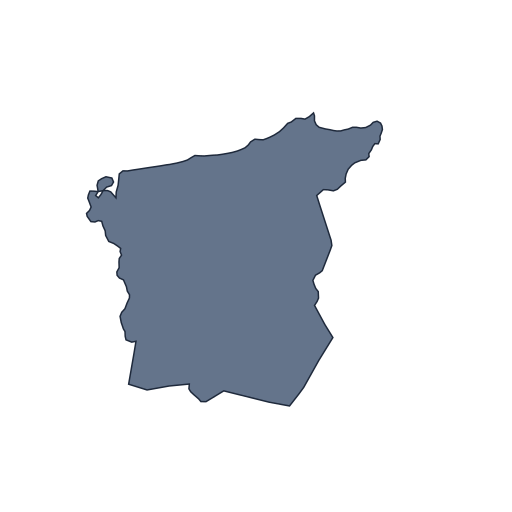 Ipojuca, Pernambuco, Brazil, rotated 239°
{"feature_id": "56859067B31320114840690", "entity_name": "Ipojuca", "entity_type": "district", "adm_level": 2, "iso_a3": "BRA", "parent_name": "Brazil", "parent_adm1": "Pernambuco", "projection": "robinson", "projection_center": [-35.046, -8.459], "detail": "fine", "context": "isolated", "style": "filled", "palette": "slate", "viewbox_px": 512, "rotation_deg": 239, "n_neighbors": 0, "source": "geoboundaries", "source_scale": "gbopen_adm2", "svg_char_len": 2484}
<svg xmlns="http://www.w3.org/2000/svg" viewBox="0 0 512 512"><g transform="rotate(239 256 256)"><path d="M211.7,80.8L199.9,91.3L197.3,93.6L189.3,114.6L180.6,132.9L176.7,130.1L173.3,130.1L169.4,131.2L162.9,133.3L159.6,133.8L156.9,138.1L157.0,158.9L123.7,192.2L110.2,207.5L115.5,221.3L118.8,229.2L134.2,256.1L146.5,279.9L161.7,279.7L183.5,280.7L185.6,285.0L187.7,287.9L193.4,291.0L197.5,290.5L202.0,291.2L205.8,292.2L208.9,297.1L208.8,301.9L209.3,305.2L223.0,322.9L225.9,326.4L230.9,328.5L234.9,329.4L262.8,335.9L267.1,336.9L276.6,339.2L277.2,342.6L278.2,347.9L275.7,351.7L272.0,355.9L271.3,360.1L272.3,364.6L273.3,370.7L276.6,372.5L279.9,375.5L282.9,379.7L284.5,384.7L285.0,388.6L284.0,395.1L281.8,399.7L282.9,404.1L285.7,405.4L287.6,409.6L289.7,412.4L291.1,415.7L289.2,418.5L291.9,422.4L294.9,424.0L296.8,426.6L299.3,429.5L302.5,430.9L305.8,431.2L309.2,429.2L310.2,425.3L309.2,421.5L309.6,416.2L311.7,411.7L314.5,408.5L316.6,405.0L317.3,400.4L318.6,396.7L319.6,393.0L321.5,389.7L323.5,387.2L326.2,384.4L329.1,381.0L333.8,376.4L337.5,375.2L341.7,375.7L346.0,378.3L349.0,379.0L348.0,373.4L348.1,368.5L350.8,365.4L353.4,361.1L352.7,355.2L353.4,351.5L351.6,345.6L350.5,340.2L350.3,334.0L350.7,329.0L351.2,325.5L351.9,322.0L354.1,318.7L356.7,315.2L356.6,310.1L355.1,306.5L354.4,302.3L354.9,298.2L355.6,294.1L357.0,289.0L358.5,284.8L360.5,279.6L362.5,274.8L364.2,271.7L365.8,268.5L368.4,263.1L371.0,259.1L373.6,255.4L373.7,251.0L373.6,246.7L374.6,242.1L376.5,235.8L377.7,232.6L378.9,229.2L380.3,226.1L382.3,220.9L384.2,216.3L386.5,210.8L388.1,206.9L391.2,199.3L393.0,195.0L395.1,189.6L397.5,185.8L396.8,181.1L387.6,174.2L382.9,169.2L378.0,165.9L385.8,164.5L388.6,162.4L390.8,158.6L388.5,154.7L387.1,150.8L390.4,149.7L392.5,153.9L395.1,150.4L397.2,147.1L394.7,143.8L392.3,141.6L388.2,140.9L382.9,139.9L380.8,136.8L379.8,132.7L376.9,131.7L370.5,132.2L368.1,135.5L367.6,139.0L365.2,141.6L360.6,140.3L355.3,139.7L351.0,137.7L344.3,137.3L339.9,140.6L335.8,142.5L332.2,143.9L329.8,141.8L326.0,141.2L324.3,137.5L321.5,135.5L316.5,132.7L314.0,128.5L311.0,127.0L307.4,127.6L303.8,130.1L296.4,129.1L292.2,127.6L287.9,127.6L285.2,125.9L282.1,121.3L278.3,116.5L276.9,111.9L274.3,108.4L268.3,106.2L265.4,105.6L261.9,104.8L258.7,104.8L254.5,102.5L251.1,101.4L246.2,105.1L244.7,109.2L235.3,101.2L211.7,80.8ZM390.8,158.6L392.0,163.4L390.8,168.4L392.8,172.0L397.1,172.6L401.2,168.2L401.8,163.4L401.6,159.5L398.5,156.2L392.5,153.9L390.8,158.6Z" fill="#64748b" stroke="#1e293b" stroke-width="1.5"/></g></svg>